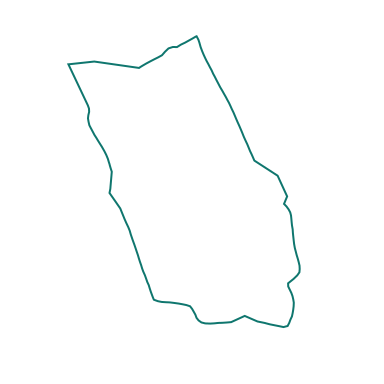 the district of Hayran, Hajjah, Yemen, rotated 77°
{"feature_id": "15242507B87254411475969", "entity_name": "Hayran", "entity_type": "district", "adm_level": 2, "iso_a3": "YEM", "parent_name": "Yemen", "parent_adm1": "Hajjah", "projection": "equal_earth", "projection_center": [43.07, 16.255], "detail": "fine", "context": "isolated", "style": "outline", "palette": "teal", "viewbox_px": 384, "rotation_deg": 77, "n_neighbors": 0, "source": "geoboundaries", "source_scale": "gbopen_adm2", "svg_char_len": 2414}
<svg xmlns="http://www.w3.org/2000/svg" viewBox="0 0 384 384"><g transform="rotate(77 192 192)"><path d="M41.3,152.5L41.4,153.3L42.6,157.1L43.8,161.3L44.9,165.1L45.9,169.6L47.4,174.0L46.4,178.1L46.8,182.6L49.3,186.8L52.0,190.5L53.2,194.7L54.1,198.5L55.2,202.8L56.5,207.6L57.8,211.8L58.5,213.9L59.2,215.7L42.9,257.9L39.8,283.7L84.1,274.0L87.5,273.6L90.8,274.2L93.8,275.7L96.9,276.8L100.4,277.0L103.9,277.0L107.0,276.2L111.1,275.1L114.5,274.2L117.5,273.1L120.6,272.1L124.1,270.9L127.8,269.6L132.5,268.2L136.6,267.2L140.8,266.5L144.2,266.3L146.3,266.1L147.5,266.1L150.8,265.9L154.2,265.6L170.6,270.9L174.4,272.6L186.1,267.9L191.9,265.6L195.1,265.1L199.4,264.4L203.2,263.8L207.4,263.0L211.9,262.0L215.7,261.4L219.6,261.2L223.5,260.8L224.6,260.7L227.1,260.4L230.4,260.0L234.3,259.6L237.5,259.3L241.4,258.9L244.9,258.7L248.4,258.4L252.0,258.0L255.2,257.8L258.5,257.4L262.6,256.6L266.0,256.2L269.7,255.8L273.0,255.1L276.1,254.9L279.6,254.6L280.5,254.5L282.9,254.2L286.0,253.8L288.3,253.4L288.7,252.9L290.7,249.8L292.3,246.3L293.5,242.3L294.6,238.4L296.1,234.3L297.7,230.1L299.3,226.4L300.9,222.9L302.9,219.6L305.9,218.2L309.2,217.2L312.3,216.3L315.6,215.9L318.6,214.5L321.2,212.2L323.0,208.7L324.3,203.9L325.0,199.8L325.5,195.7L325.9,193.8L326.3,191.7L327.0,187.4L327.6,183.1L324.6,168.5L332.9,157.3L334.4,154.0L336.1,150.3L336.4,149.8L338.4,146.0L340.7,140.9L342.4,137.1L344.2,133.2L344.1,130.4L344.1,129.0L341.4,126.7L338.5,124.8L335.7,122.6L332.7,121.2L329.6,119.9L326.3,118.7L322.7,117.7L319.5,117.5L316.0,117.5L312.7,117.9L309.2,118.7L305.7,119.5L302.6,118.9L300.9,115.4L299.4,112.3L299.0,111.7L296.9,108.2L294.4,105.4L291.3,104.4L288.0,103.8L284.6,103.8L281.5,103.9L278.4,104.1L277.2,104.2L272.9,104.3L269.7,104.4L265.6,104.2L262.0,103.8L258.7,103.4L254.6,102.9L251.0,102.3L247.1,102.1L243.9,101.7L240.3,101.2L237.1,100.8L233.9,100.9L230.6,101.8L227.3,103.2L224.3,105.0L217.7,100.3L195.4,104.9L175.6,124.0L175.3,124.2L172.0,124.8L168.4,125.5L165.3,126.2L161.6,126.8L157.9,127.4L153.8,128.3L149.8,129.1L145.8,129.7L142.3,130.3L137.9,131.1L134.5,131.8L130.7,132.5L127.2,133.1L123.8,133.7L119.9,134.6L116.8,135.2L113.5,135.9L110.4,136.8L107.3,137.6L103.3,138.8L99.5,139.9L99.0,140.1L96.1,141.0L92.2,142.0L88.4,143.0L85.1,143.8L81.5,144.8L77.9,145.5L74.3,146.5L71.1,147.3L67.6,148.3L64.1,149.1L60.7,149.8L57.2,150.4L52.7,151.0L48.2,151.2L45.1,151.5L41.3,152.5Z" fill="none" stroke="#0f766e" stroke-width="2"/></g></svg>